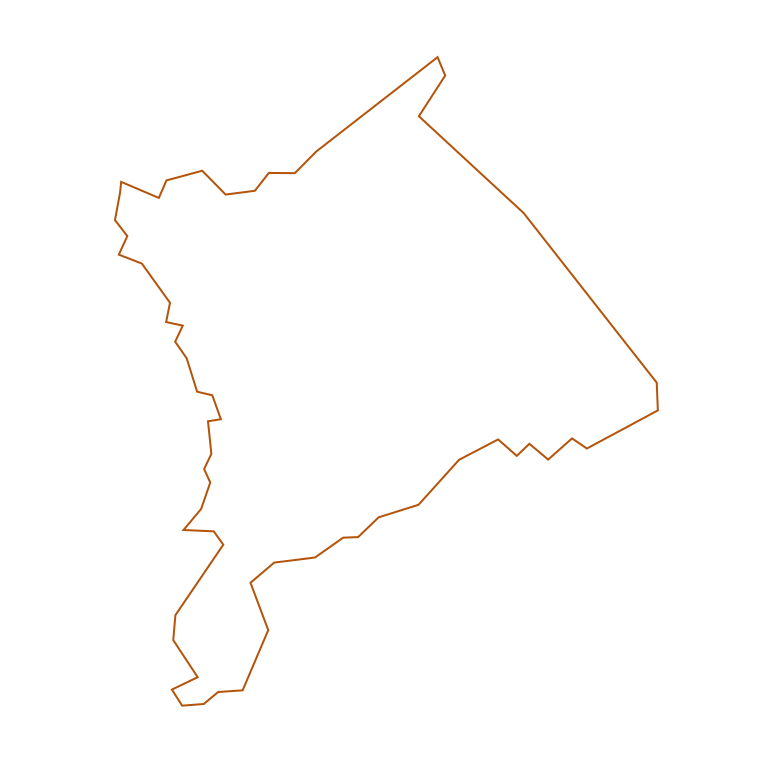 outline of Culpeper, Virginia, United States of America, rotated 92°
{"feature_id": "52423323B12742800071911", "entity_name": "Culpeper", "entity_type": "district", "adm_level": 2, "iso_a3": "USA", "parent_name": "United States of America", "parent_adm1": "Virginia", "projection": "equal_earth", "projection_center": [-77.91, 38.503], "detail": "fine", "context": "isolated", "style": "outline", "palette": "amber", "viewbox_px": 768, "rotation_deg": 92, "n_neighbors": 0, "source": "geoboundaries", "source_scale": "gbopen_adm2", "svg_char_len": 894}
<svg xmlns="http://www.w3.org/2000/svg" viewBox="0 0 768 768"><g transform="rotate(92 384 384)"><path d="M55.5,341.9L153.9,459.7L176.4,480.5L177.1,506.5L195.4,519.8L200.2,548.9L177.2,573.1L188.1,608.5L205.9,615.5L191.2,653.7L202.3,654.5L229.6,658.6L245.1,645.7L264.0,653.5L272.1,630.2L310.3,600.7L329.7,603.9L332.7,587.1L349.0,594.2L365.2,582.1L398.2,570.5L401.3,555.2L424.9,545.8L427.4,558.6L459.8,554.1L475.3,560.8L488.5,554.2L515.3,562.4L536.9,579.3L537.2,549.0L550.2,539.0L622.3,584.4L647.3,585.7L683.5,560.0L696.8,585.3L712.5,574.5L710.1,553.0L697.6,539.0L695.1,514.6L634.0,491.1L587.3,510.5L566.3,487.5L559.8,446.9L539.0,419.5L537.9,404.5L517.4,384.7L503.5,345.3L457.1,306.3L435.4,268.0L451.2,248.8L438.7,236.6L453.8,217.3L431.8,194.2L441.4,179.0L400.8,109.4L373.1,111.5L326.3,151.0L208.3,250.4L115.2,358.5L73.6,333.6L55.5,341.9Z" fill="none" stroke="#b45309" stroke-width="2"/></g></svg>